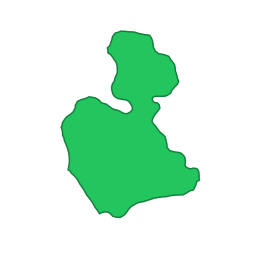 the district of Salyan District, Salyan, Azerbaijan, rotated 148°
{"feature_id": "54616110B55207089168458", "entity_name": "Salyan District", "entity_type": "district", "adm_level": 2, "iso_a3": "AZE", "parent_name": "Azerbaijan", "parent_adm1": "Salyan", "projection": "equal_earth", "projection_center": [49.031, 39.666], "detail": "fine", "context": "isolated", "style": "filled", "palette": "green", "viewbox_px": 256, "rotation_deg": 148, "n_neighbors": 0, "source": "geoboundaries", "source_scale": "gbopen_adm2", "svg_char_len": 2642}
<svg xmlns="http://www.w3.org/2000/svg" viewBox="0 0 256 256"><g transform="rotate(148 128 128)"><path d="M197.6,70.5L196.7,70.3L194.0,69.9L191.2,68.7L189.2,66.7L188.2,64.1L187.7,61.3L185.0,58.4L182.3,56.4L179.9,56.2L176.6,56.3L173.7,57.3L170.9,58.6L167.4,59.7L164.2,59.7L159.8,59.4L157.2,58.8L153.6,57.2L151.1,56.7L146.9,55.6L143.9,54.9L139.0,53.1L134.8,51.1L131.9,49.5L127.2,47.9L122.7,45.6L119.3,43.7L116.7,42.1L112.4,41.9L108.6,41.9L105.2,40.8L104.8,41.1L102.5,42.6L101.4,43.2L99.8,44.5L97.9,46.2L95.1,45.9L94.4,47.7L93.2,49.4L92.3,51.0L91.1,53.6L90.9,56.3L91.7,57.6L93.9,59.4L96.5,60.1L98.1,61.8L99.4,64.1L99.5,66.4L98.2,67.8L96.5,70.1L95.4,72.9L95.4,75.1L96.1,78.0L97.3,79.8L99.3,81.5L102.0,83.8L104.7,86.8L105.1,90.8L103.6,93.6L102.2,97.6L101.2,100.8L101.7,103.3L103.1,107.8L103.4,110.7L103.6,114.7L104.3,118.6L104.2,120.6L103.6,121.5L101.7,123.2L98.6,124.9L94.2,126.4L90.5,127.9L89.3,131.0L89.7,133.5L92.6,136.3L92.4,139.5L90.4,140.9L88.3,140.5L85.3,138.7L81.9,136.6L79.0,135.1L75.9,134.9L73.3,135.0L71.0,136.7L66.8,138.0L66.1,138.2L63.0,138.9L61.3,140.0L60.4,140.5L59.7,144.1L58.5,147.3L57.5,151.5L55.8,154.7L55.0,157.2L55.1,159.4L55.5,162.8L55.5,167.2L57.6,170.0L60.1,172.6L62.8,174.9L64.0,178.7L63.7,182.6L62.7,185.2L61.1,188.5L60.5,191.8L60.5,194.6L60.5,194.9L60.8,195.3L61.7,196.3L64.4,198.3L66.9,200.7L68.1,201.9L69.9,203.7L71.6,205.8L74.1,207.7L76.6,209.3L79.2,211.5L83.0,214.1L85.3,214.3L88.0,215.2L89.8,214.9L93.0,213.5L94.5,211.8L96.5,210.2L99.6,207.6L103.1,206.8L103.7,204.7L105.2,202.5L103.9,199.4L103.5,196.7L103.5,192.9L103.3,189.8L104.3,186.5L106.4,182.7L108.3,180.1L110.0,179.0L112.5,177.3L115.2,174.7L117.5,173.9L120.4,171.2L121.9,167.9L122.8,164.9L122.8,162.8L122.4,160.8L121.0,158.4L118.3,155.9L116.3,154.2L114.0,151.9L113.0,149.1L113.1,144.7L113.2,143.7L114.8,141.0L117.8,140.4L120.6,140.5L123.1,141.8L124.7,144.1L126.1,146.6L127.3,148.4L130.6,151.9L131.6,154.2L132.8,156.9L133.6,159.5L135.3,161.3L137.3,163.7L137.6,166.4L138.6,168.8L140.0,171.1L141.6,172.5L143.4,174.2L144.6,175.1L148.2,175.5L150.4,176.2L153.1,176.9L156.8,177.4L159.0,176.0L160.7,175.2L161.4,173.6L163.6,172.1L165.8,170.8L168.9,170.2L173.4,170.0L175.7,169.5L179.4,167.9L181.2,166.9L182.6,164.9L184.2,164.2L184.4,163.3L184.8,161.7L185.8,159.0L187.4,156.3L187.6,153.4L188.6,151.0L189.4,146.2L190.1,142.8L191.3,138.7L192.9,135.1L193.7,133.7L194.7,131.8L196.0,129.9L196.8,128.9L198.4,127.1L199.5,125.9L200.4,124.8L201.0,124.2L200.0,122.8L200.0,119.5L199.1,116.9L198.4,113.6L198.2,110.3L198.5,106.5L198.2,98.7L198.5,93.1L197.8,87.0L197.6,82.6L198.0,78.5L197.6,74.9L197.6,71.3L197.6,70.5Z" fill="#22c55e" stroke="#15803d" stroke-width="1.5"/></g></svg>